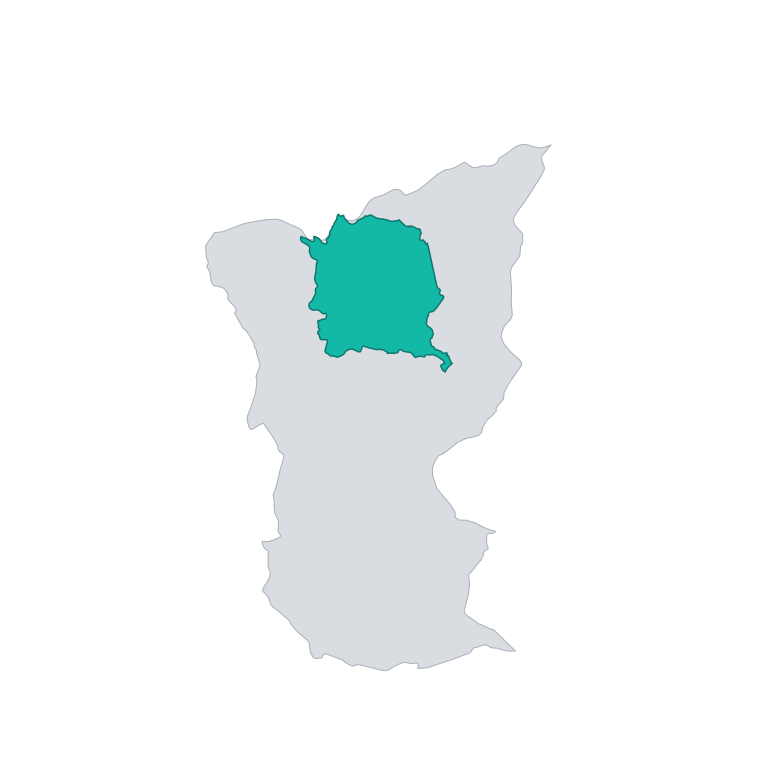 location of Haute-Kotto within Central African Republic, rotated 290°
{"feature_id": "CAF-866", "entity_name": "Haute-Kotto", "entity_type": "Prefecture", "adm_level": 1, "iso_a3": "CAF", "parent_name": "Central African Republic", "parent_adm1": "", "projection": "robinson", "projection_center": [22.992, 7.358], "detail": "fine", "context": "in_parent", "style": "filled", "palette": "teal", "viewbox_px": 768, "rotation_deg": 290, "n_neighbors": 0, "source": "natural_earth", "source_scale": "10m", "svg_char_len": 9785}
<svg xmlns="http://www.w3.org/2000/svg" viewBox="0 0 768 768"><g transform="rotate(290 384 384)"><path d="M519.7,282.7L526.1,284.6L527.2,286.8L525.4,294.0L526.6,298.6L530.2,302.4L533.9,304.0L537.4,304.9L549.5,307.3L554.6,310.0L561.3,318.5L569.7,326.2L571.7,330.3L571.3,334.0L568.8,338.5L569.2,340.4L573.1,344.9L577.5,349.5L585.6,354.7L599.6,362.7L606.0,368.1L608.2,372.2L611.7,376.7L616.7,380.8L620.1,383.9L617.8,392.8L618.5,395.7L619.8,398.2L622.7,401.7L623.9,406.2L626.8,411.8L630.2,414.3L636.0,415.2L639.0,417.8L645.4,422.3L651.5,426.1L654.1,428.8L655.7,431.1L657.1,433.9L657.8,436.7L658.0,442.7L659.1,450.1L662.4,455.2L665.5,459.0L652.9,454.6L651.1,454.5L648.8,455.3L642.3,460.7L640.2,461.3L632.0,460.2L612.1,456.0L596.7,451.9L592.1,450.4L583.9,449.0L578.5,451.8L573.4,461.3L572.0,463.2L564.0,466.0L560.2,465.2L551.0,467.8L536.7,463.9L531.6,464.7L527.6,466.6L517.4,471.0L511.1,473.4L503.9,475.7L497.0,479.1L492.4,481.0L487.9,480.9L483.8,479.0L479.3,477.3L474.0,477.0L468.4,478.0L463.7,481.8L461.8,484.5L457.7,491.7L452.8,503.4L450.9,505.7L449.2,506.9L426.9,501.1L417.3,499.7L410.8,501.5L402.7,498.3L399.1,497.7L397.4,498.7L392.9,497.2L385.5,493.3L378.5,491.6L372.2,492.1L368.3,490.8L365.2,486.9L361.1,479.8L353.9,472.8L344.2,467.1L338.1,462.8L335.7,460.0L330.4,458.4L322.4,458.1L314.7,460.9L303.6,469.7L293.3,487.8L287.6,494.8L283.0,496.5L281.8,500.9L284.1,507.9L284.7,515.8L283.1,529.4L283.7,539.3L281.2,537.7L278.9,533.1L277.8,532.1L271.0,534.2L267.4,536.1L265.6,537.9L264.1,538.2L262.0,535.7L260.3,535.2L257.6,535.7L254.9,535.7L253.1,535.3L252.0,535.5L248.8,534.1L237.1,530.2L235.1,529.0L232.7,529.1L226.7,532.4L223.5,533.4L213.8,535.4L203.5,536.4L199.5,536.5L196.8,537.9L195.1,540.0L191.8,552.5L191.0,554.7L191.1,557.8L190.2,567.9L190.6,571.1L178.1,598.7L176.1,594.1L174.8,588.7L174.4,582.5L174.6,580.9L173.8,579.0L172.8,574.0L173.8,570.7L173.0,567.3L170.6,564.0L168.4,561.4L167.1,559.1L166.1,558.1L163.7,557.7L160.5,556.5L146.8,540.3L132.5,522.1L129.6,516.2L128.4,512.8L131.9,512.4L132.8,511.8L132.9,510.2L130.7,505.5L129.7,499.6L127.9,495.9L122.3,490.4L117.0,486.1L115.3,483.9L114.3,480.8L112.3,461.2L111.4,455.6L109.8,453.1L108.5,452.0L108.1,450.6L108.3,447.1L109.0,444.0L109.0,442.7L110.5,440.0L110.6,421.8L108.9,419.3L105.6,419.3L104.0,416.6L102.5,413.3L103.0,410.9L106.1,407.2L108.1,405.8L114.2,402.8L116.0,401.4L117.1,399.6L117.8,397.2L121.4,387.8L126.6,378.5L128.9,376.6L134.3,362.8L135.5,359.3L136.4,355.8L138.2,353.0L144.0,348.3L148.4,340.2L153.1,340.6L157.9,341.9L164.2,342.6L169.1,341.0L172.2,337.8L187.4,332.3L188.5,327.9L190.9,325.6L193.6,323.6L194.6,323.4L194.8,324.8L196.5,329.4L199.9,333.9L204.9,338.8L206.4,338.5L209.5,334.8L217.4,332.4L219.4,331.4L225.0,325.9L231.7,322.4L235.7,321.2L242.5,317.5L247.3,318.0L255.1,317.4L268.0,315.7L277.4,315.2L282.1,314.5L283.3,313.7L285.1,308.5L286.5,307.0L290.1,304.7L297.0,296.8L301.5,290.1L302.9,287.7L303.8,287.3L305.8,284.4L303.8,281.5L296.1,275.6L296.3,274.8L295.8,273.8L296.2,272.9L299.2,270.5L303.2,267.8L307.4,266.7L318.4,266.9L327.8,266.4L330.0,266.5L337.4,265.1L342.4,263.8L347.6,261.0L359.2,261.3L369.0,254.0L371.8,252.7L373.0,251.5L373.4,250.4L377.9,247.6L383.0,241.6L387.0,236.2L388.1,232.4L399.2,219.6L403.0,219.8L404.9,218.2L409.3,209.7L410.6,208.1L415.1,206.6L417.3,204.0L419.2,200.3L419.2,195.6L418.4,191.8L418.4,190.0L419.4,188.3L421.2,186.7L429.5,182.0L431.7,179.8L432.9,177.8L435.3,177.4L437.8,177.6L439.4,176.4L441.3,174.3L447.1,171.5L452.4,169.3L458.0,170.2L468.3,173.0L471.3,179.2L472.8,181.3L485.4,195.8L487.8,199.2L494.1,209.7L497.9,216.8L502.3,227.0L502.7,232.6L502.1,237.3L501.3,250.8L500.1,254.6L494.6,261.9L494.3,265.1L495.5,267.8L497.2,269.0L498.2,270.3L497.6,276.6L499.6,279.0L503.7,280.7L514.2,281.8L519.7,282.7Z" fill="#d9dde1" stroke="#a8b0b8" stroke-width="1"/><path d="M494.3,260.0L494.1,260.3L493.2,266.6L493.3,267.8L493.8,268.8L495.0,269.5L496.2,269.4L497.8,267.7L498.6,267.7L498.9,268.8L498.8,270.5L498.3,273.3L497.5,274.6L495.8,276.9L495.2,278.2L495.2,279.4L495.5,280.7L496.2,281.8L497.1,282.2L497.7,282.0L498.7,281.2L499.3,280.8L500.1,280.6L500.9,280.7L501.5,281.0L502.2,281.5L502.8,281.8L504.1,281.8L505.5,282.2L506.2,281.9L507.6,281.2L509.1,281.2L511.8,281.9L514.2,281.6L516.0,282.4L516.8,282.6L518.0,282.3L522.6,283.2L525.4,282.7L527.0,282.7L527.8,283.2L527.7,283.9L526.9,285.2L526.8,285.9L527.1,286.6L528.3,287.6L528.5,288.2L528.2,288.7L526.4,290.0L526.0,290.5L523.6,295.1L523.0,296.8L522.9,298.4L523.3,299.8L524.2,301.1L525.4,302.1L526.6,302.8L527.3,303.1L529.0,303.5L530.6,305.3L533.0,307.6L533.7,308.0L535.3,308.6L535.5,309.0L535.7,309.6L535.9,310.7L536.1,311.2L536.3,311.5L536.9,311.9L537.3,312.5L538.1,313.1L538.2,313.8L538.2,315.1L537.3,320.0L537.6,321.5L537.8,323.5L538.0,324.6L538.3,325.6L538.6,326.4L538.8,327.1L538.8,327.6L538.7,328.8L538.8,329.4L538.9,329.8L539.1,330.1L539.3,330.7L539.2,334.7L539.6,336.2L539.8,336.6L540.4,337.3L540.6,337.7L541.2,339.6L541.4,339.8L541.9,340.2L542.0,340.4L541.9,340.7L542.1,341.2L542.8,341.7L543.4,342.0L542.9,343.0L542.1,345.0L541.6,345.8L541.3,346.6L540.8,347.4L540.1,349.3L539.9,350.3L539.8,350.8L539.9,351.4L540.2,352.1L540.2,352.5L540.0,353.4L540.0,353.7L540.2,353.8L540.8,353.6L541.0,353.6L541.1,353.8L541.1,354.0L541.0,355.0L541.2,355.3L541.6,355.5L541.9,355.8L542.0,356.2L541.9,356.6L541.7,357.4L541.6,357.9L541.7,358.8L541.7,359.4L541.2,361.2L541.2,361.8L541.5,362.5L541.7,363.6L541.7,364.4L541.3,365.4L541.1,365.6L540.8,365.6L540.4,365.4L540.2,365.4L539.9,365.7L539.2,366.8L539.1,367.0L538.1,367.3L537.3,367.4L536.5,367.1L535.6,367.1L535.3,367.1L534.1,367.7L533.3,367.6L533.0,367.8L532.7,368.0L531.8,369.0L531.6,369.3L531.8,370.4L532.0,370.9L532.3,371.2L532.7,371.4L532.7,371.6L532.7,371.8L532.2,372.0L531.9,372.8L531.9,373.4L531.9,373.6L531.2,374.3L530.4,374.5L530.2,374.6L530.1,374.8L530.1,375.2L530.4,375.6L530.7,376.3L531.0,376.5L530.8,376.9L529.3,377.1L529.0,378.1L493.9,400.3L493.3,400.9L492.5,402.2L492.3,402.7L492.2,403.7L492.0,404.1L491.5,404.6L491.1,404.8L490.8,404.9L490.0,405.0L489.5,405.0L488.8,404.7L488.4,404.7L488.1,404.9L488.0,405.1L487.7,405.7L487.1,406.5L487.0,406.8L487.0,407.1L487.2,407.8L487.0,408.5L487.0,409.7L486.9,410.0L486.0,410.3L484.8,410.5L473.5,407.3L470.2,406.0L468.9,405.0L468.1,404.1L467.6,402.9L467.4,402.5L466.9,402.0L466.6,401.9L466.0,401.8L465.4,401.8L463.5,402.2L462.8,402.3L461.6,402.0L460.7,401.9L455.2,403.1L454.4,403.7L453.7,404.5L453.0,406.3L452.4,408.9L451.8,410.0L451.4,410.6L450.8,411.2L448.3,412.8L447.6,413.2L447.0,413.2L446.0,413.0L445.5,413.0L443.9,413.3L443.5,413.2L443.2,413.0L442.6,412.3L442.3,412.1L441.7,412.1L441.1,412.3L437.0,414.9L436.4,415.5L435.6,416.2L435.7,416.5L436.0,417.0L435.8,418.0L434.4,419.9L434.1,421.4L434.2,424.9L434.0,426.7L433.2,428.5L433.2,429.5L433.3,429.9L434.2,431.1L434.6,432.7L433.8,433.0L432.9,432.9L432.2,433.0L432.0,434.1L432.8,433.9L432.4,434.8L431.6,435.9L430.9,436.4L430.1,436.8L429.8,437.0L429.0,438.1L426.6,440.3L426.6,441.0L422.8,438.9L420.0,437.9L416.3,437.3L416.7,434.9L418.6,432.8L420.1,431.4L420.6,431.2L421.0,431.1L421.5,431.3L422.3,431.9L423.9,433.5L424.4,433.8L424.7,433.8L425.2,432.9L426.1,431.8L426.5,431.3L426.7,430.8L426.9,429.0L427.7,427.0L428.2,424.3L428.4,420.3L428.3,419.6L427.3,417.8L427.0,417.1L426.3,414.2L425.9,413.5L425.4,413.2L424.8,413.1L424.1,413.0L423.5,412.8L423.2,412.4L423.0,410.8L422.9,410.1L422.5,409.2L422.1,407.6L421.8,406.9L421.2,406.0L420.1,405.0L419.8,404.6L419.8,403.9L420.1,403.2L421.9,400.3L422.3,399.3L422.6,398.4L422.6,397.3L421.7,393.4L421.4,390.9L421.5,390.5L422.0,388.8L422.0,388.3L421.9,387.8L421.7,387.3L421.1,386.7L420.6,386.4L420.1,386.3L418.7,386.3L418.3,386.2L418.1,386.0L417.9,385.6L417.6,384.9L416.9,384.0L416.5,383.4L416.1,382.5L414.9,378.5L414.2,377.5L414.0,377.2L414.0,376.7L414.1,376.4L414.3,376.1L415.2,375.5L415.4,375.2L415.5,374.9L415.5,374.1L415.4,373.5L415.4,373.2L415.5,373.0L415.8,372.5L415.9,372.2L415.9,371.8L415.2,369.3L415.1,367.4L414.9,367.0L414.1,366.3L413.9,365.8L412.7,357.3L412.8,352.5L412.6,351.9L412.2,351.4L411.2,350.9L410.6,350.8L409.3,351.0L407.0,350.9L406.3,350.7L405.9,350.2L405.6,349.3L405.5,348.6L406.0,343.4L405.9,342.5L405.7,341.5L405.4,340.7L405.0,340.0L404.3,339.2L403.3,338.1L402.2,337.3L401.3,336.7L398.3,336.0L397.4,335.5L396.4,334.6L395.1,333.1L393.3,331.3L393.0,326.9L392.2,324.7L392.1,324.2L392.2,323.5L393.0,322.0L393.2,321.5L393.2,320.8L393.2,319.9L393.4,318.8L394.3,317.5L397.0,317.0L403.9,316.5L405.8,315.9L405.8,314.1L404.5,310.6L404.3,309.6L404.7,308.7L405.4,308.0L407.1,306.8L407.9,306.2L408.3,305.5L408.9,304.5L409.7,304.2L410.5,304.1L411.1,304.2L413.2,305.0L413.5,305.0L413.8,304.5L414.3,303.3L414.5,303.0L414.8,302.8L416.1,302.6L416.9,302.3L419.8,300.5L420.6,300.4L420.9,300.4L421.2,300.7L421.6,301.7L421.9,302.2L422.4,302.7L423.4,303.4L423.8,303.9L424.1,304.6L424.7,306.1L425.1,306.6L425.8,306.9L426.8,306.9L428.0,306.7L429.3,306.3L430.2,305.9L430.5,305.3L430.5,304.8L430.3,304.5L429.7,303.9L429.4,303.5L429.3,302.9L429.3,302.4L429.4,301.7L430.9,297.9L431.0,297.5L431.0,296.9L430.8,295.8L429.5,293.1L429.3,292.5L429.2,292.1L429.2,290.9L429.3,290.0L429.6,289.1L429.9,288.4L430.5,287.6L430.9,287.2L431.2,287.0L432.4,286.6L433.3,286.4L434.3,286.3L435.2,286.6L436.9,287.6L437.7,287.9L446.1,288.8L446.8,288.7L447.1,288.6L447.9,287.6L449.9,287.3L450.4,287.3L451.9,288.0L452.3,288.1L453.0,288.0L453.4,287.9L453.8,287.6L456.2,285.0L456.9,284.4L459.0,283.0L460.7,282.5L466.2,281.6L474.3,279.3L474.7,279.3L476.0,279.7L476.5,279.5L476.9,279.2L477.5,278.1L477.6,277.0L477.8,273.9L478.4,272.7L479.2,271.6L482.2,269.1L483.1,268.5L483.9,268.2L485.5,268.0L486.4,267.7L486.6,267.6L487.3,267.0L487.9,266.1L488.2,265.5L488.5,264.6L489.4,259.3L489.7,258.3L490.1,257.5L490.5,257.0L491.3,256.3L492.4,255.8L493.5,255.6L494.0,255.7L494.2,255.9L494.4,256.1L493.9,257.7L493.9,258.9L494.3,260.0Z" fill="#14b8a6" stroke="#0f766e" stroke-width="1.5"/></g></svg>